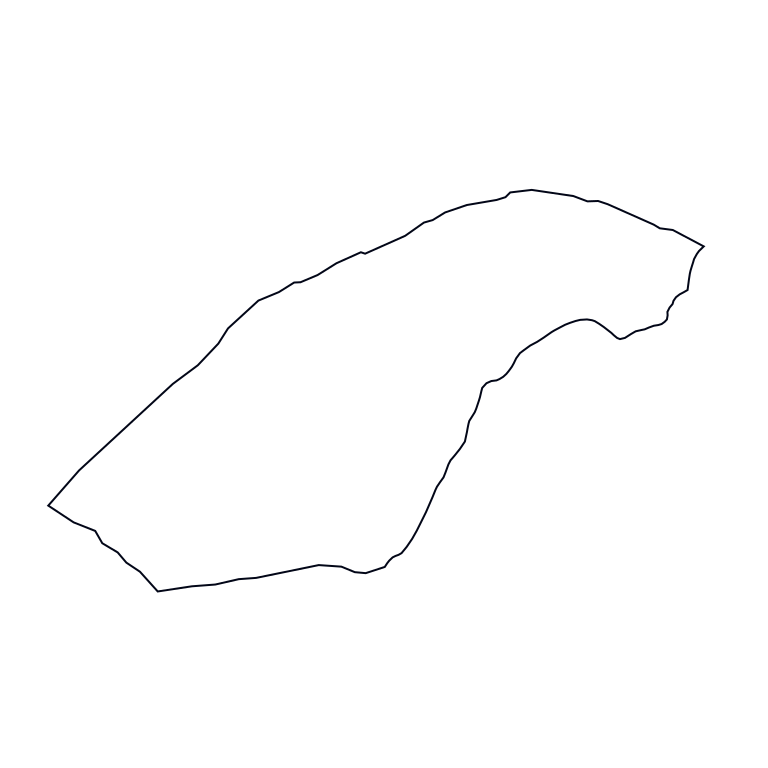 El Tejar, Chimaltenango, Guatemala, rotated 45°
{"feature_id": "79465075B23918140958816", "entity_name": "El Tejar", "entity_type": "district", "adm_level": 2, "iso_a3": "GTM", "parent_name": "Guatemala", "parent_adm1": "Chimaltenango", "projection": "robinson", "projection_center": [-90.776, 14.679], "detail": "fine", "context": "isolated", "style": "outline", "palette": "ink", "viewbox_px": 768, "rotation_deg": 45, "n_neighbors": 0, "source": "geoboundaries", "source_scale": "gbopen_adm2", "svg_char_len": 1856}
<svg xmlns="http://www.w3.org/2000/svg" viewBox="0 0 768 768"><g transform="rotate(45 384 384)"><path d="M232.6,707.4L262.4,701.3L283.7,692.1L297.4,695.8L314.8,691.4L328.1,692.5L344.2,689.3L370.7,690.7L391.2,662.9L406.5,645.1L419.3,624.7L430.7,611.5L465.9,558.2L483.0,543.3L496.4,537.7L504.8,530.7L513.9,512.8L513.0,508.5L512.6,505.2L512.7,500.5L513.7,497.5L515.1,494.5L516.0,491.2L515.2,483.1L513.4,473.6L510.9,464.6L507.2,453.5L504.3,444.9L498.4,429.9L495.2,422.3L494.1,419.2L493.1,414.1L492.1,407.9L490.0,403.0L486.4,395.3L485.0,390.9L484.8,387.9L484.5,384.4L483.6,376.3L481.9,367.5L476.6,359.3L474.7,356.6L471.9,352.4L470.4,349.8L469.2,344.4L468.1,339.7L466.6,336.1L464.2,331.3L462.9,328.7L461.2,325.5L457.9,320.2L456.2,317.3L455.9,311.0L457.8,306.0L461.0,301.9L462.2,298.8L463.2,294.6L463.4,290.4L463.0,286.4L462.2,281.4L461.1,277.5L459.3,272.4L458.3,266.0L459.0,261.0L460.2,253.4L462.5,245.9L464.1,238.4L465.8,228.8L466.6,225.6L468.5,219.4L470.2,214.0L472.3,209.2L474.9,204.0L477.4,199.9L481.9,194.8L486.0,191.8L488.6,190.5L493.6,189.3L499.1,188.3L508.6,187.1L512.2,187.0L516.3,186.6L519.1,185.4L521.8,181.0L523.3,174.1L524.7,168.8L528.1,163.4L529.7,161.0L531.4,156.7L533.6,152.0L536.3,148.3L537.9,145.3L538.5,141.6L538.4,138.3L536.0,134.9L533.4,132.6L531.9,128.0L531.5,123.4L529.9,120.5L529.1,116.2L529.7,111.5L531.0,107.3L532.2,102.9L525.9,94.7L522.3,89.8L520.6,87.1L518.2,82.6L516.6,79.5L514.9,76.4L513.3,70.9L512.7,67.2L512.8,60.6L479.3,70.9L468.9,78.9L462.0,80.6L415.0,98.7L406.0,103.2L398.7,111.0L385.0,117.2L351.2,142.3L337.8,159.3L337.8,166.0L333.5,174.2L316.0,198.9L305.9,219.5L302.5,233.7L298.1,241.6L294.2,264.2L278.5,305.2L274.5,307.2L265.0,332.2L260.0,353.9L253.0,371.1L248.7,375.8L244.7,393.3L236.2,413.8L234.4,455.0L238.3,472.6L239.1,502.4L234.6,533.3L229.5,660.7L232.6,707.4Z" fill="none" stroke="#020617" stroke-width="2"/></g></svg>